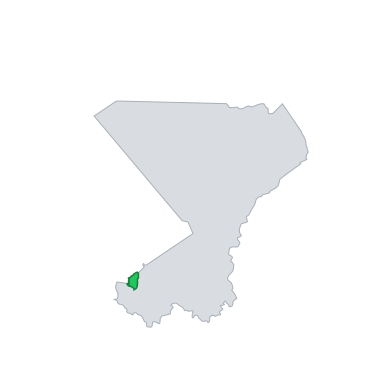 Yelimane, Kayes, Mali (highlighted), rotated 326°
{"feature_id": "8926073B99329075829336", "entity_name": "Yelimane", "entity_type": "district", "adm_level": 2, "iso_a3": "MLI", "parent_name": "Mali", "parent_adm1": "Kayes", "projection": "mercator", "projection_center": [-10.704, 15.046], "detail": "fine", "context": "in_parent", "style": "filled", "palette": "green", "viewbox_px": 384, "rotation_deg": 326, "n_neighbors": 0, "source": "geoboundaries", "source_scale": "gbopen_adm2", "svg_char_len": 5180}
<svg xmlns="http://www.w3.org/2000/svg" viewBox="0 0 384 384"><g transform="rotate(326 192 192)"><path d="M81.0,275.0L81.1,273.8L80.1,273.0L80.1,272.6L80.7,269.3L80.6,268.4L81.0,266.7L80.4,265.9L80.2,265.4L78.6,263.2L78.1,261.3L77.3,260.1L75.5,259.7L74.8,260.7L74.4,260.9L73.7,260.2L73.4,259.5L73.4,258.9L71.0,256.0L71.2,254.4L72.1,253.6L72.4,252.2L71.5,250.7L71.7,249.2L71.5,247.1L70.1,245.3L69.2,244.5L68.4,243.2L69.0,240.2L67.6,237.7L70.3,238.7L71.5,237.8L72.7,236.5L73.8,234.8L74.2,232.7L74.4,230.9L75.5,228.1L76.7,226.8L79.3,224.8L80.0,225.0L84.4,229.2L86.8,231.3L87.7,232.4L88.5,232.4L89.7,230.4L90.9,228.6L91.5,228.2L95.8,227.9L98.0,228.3L100.0,228.8L102.8,228.9L110.3,227.6L110.4,226.8L110.3,225.8L110.6,225.0L111.2,224.3L111.7,224.2L112.0,226.5L112.6,226.9L114.4,227.0L169.6,227.0L171.9,214.7L167.8,210.2L153.3,74.3L180.0,74.3L184.6,77.4L269.9,138.0L270.3,140.0L270.2,142.6L270.8,143.4L272.0,144.3L276.9,146.8L277.2,147.3L277.4,148.4L278.0,149.7L279.0,150.4L280.2,151.0L281.7,151.4L286.0,151.8L287.0,152.4L288.8,154.7L289.9,155.2L295.8,156.5L297.7,157.1L299.8,158.2L300.9,159.1L300.8,162.8L301.6,165.2L301.6,165.8L300.7,166.8L300.5,167.5L299.4,169.3L299.6,170.1L301.6,171.5L302.7,171.9L303.8,171.9L316.3,169.5L316.4,203.5L315.9,204.0L315.6,210.0L314.7,213.5L313.1,216.1L312.1,220.0L311.5,220.7L311.0,223.0L310.1,224.2L308.5,224.7L305.6,227.2L305.4,229.2L298.7,228.1L298.2,228.1L297.9,228.4L297.8,229.4L280.6,230.0L272.2,230.5L266.9,235.0L263.4,235.5L259.1,235.1L256.9,235.1L256.0,235.3L255.9,236.1L249.0,233.8L246.5,234.6L246.1,234.3L245.8,233.8L244.5,233.5L242.6,233.7L241.1,234.0L236.8,237.6L234.4,238.5L230.1,240.6L227.1,242.4L226.0,242.8L224.3,242.8L222.9,243.2L221.6,247.3L220.8,247.7L215.6,246.1L214.5,246.3L213.6,246.8L210.7,249.2L209.3,251.1L208.5,253.6L208.7,255.3L208.2,255.8L206.8,255.9L204.4,255.4L203.7,255.6L203.3,256.9L203.4,259.6L202.9,261.5L201.4,262.0L200.3,262.8L199.5,263.0L198.7,262.8L194.6,260.0L193.1,259.6L191.6,259.9L190.1,261.1L187.4,264.0L187.7,265.0L188.4,266.2L189.0,267.7L188.9,269.0L185.1,270.9L186.0,272.3L185.9,276.0L184.1,277.7L183.5,278.8L181.8,280.1L180.3,280.7L175.7,281.7L173.8,282.9L172.9,283.9L172.7,284.9L172.9,286.1L173.8,288.6L173.5,290.8L172.8,293.4L172.0,294.6L169.9,296.0L170.2,297.7L170.4,300.1L170.1,303.3L169.4,305.4L168.9,305.2L166.8,305.3L164.6,306.0L163.8,306.5L163.6,307.2L161.7,308.9L160.5,308.8L159.3,308.4L158.6,307.9L158.6,307.7L159.3,306.3L159.3,305.8L158.6,303.4L158.7,302.8L158.4,300.9L155.8,301.6L155.7,302.0L156.1,303.2L155.8,303.4L154.9,303.3L153.7,302.9L152.4,301.9L152.0,302.2L151.9,303.1L151.8,304.1L152.1,305.9L151.8,306.6L149.7,306.5L147.9,306.7L147.5,307.3L147.3,308.1L147.7,308.9L147.6,309.2L146.9,309.7L146.6,309.7L145.6,308.8L141.7,308.0L141.4,306.7L140.9,306.7L139.7,305.2L139.1,305.2L138.7,305.5L137.2,305.4L135.9,306.7L134.9,308.3L133.8,309.1L132.2,309.4L132.5,308.4L132.0,307.0L128.6,305.2L128.1,304.5L127.2,300.4L127.2,299.3L127.5,298.2L127.4,297.4L127.0,296.8L126.0,296.1L124.9,295.9L123.6,296.7L123.0,296.8L122.4,296.8L122.0,296.5L122.1,296.1L123.5,293.9L124.3,293.0L125.7,291.9L126.1,291.4L126.1,291.0L126.0,290.7L125.0,290.3L123.5,289.3L122.7,289.2L122.1,288.7L121.4,287.1L121.0,286.8L120.3,286.6L119.7,286.3L119.8,282.4L118.3,279.6L117.0,275.9L116.4,275.0L115.2,274.3L113.8,273.8L112.5,273.7L111.1,274.1L111.1,274.4L111.9,275.6L112.0,276.2L111.9,276.9L111.6,277.3L109.7,277.7L107.1,279.0L106.3,280.6L105.7,280.8L104.7,280.6L97.8,278.0L94.9,279.1L93.1,281.4L92.6,282.1L91.8,282.8L91.3,282.8L90.8,282.4L88.8,278.9L87.9,278.1L86.8,278.0L85.9,278.6L85.0,279.8L83.7,280.9L83.0,281.2L82.3,281.0L79.5,278.7L79.3,278.2L80.6,275.4L81.0,275.0Z" fill="#d9dde1" stroke="#a8b0b8" stroke-width="1"/><path d="M92.1,240.7L94.2,239.2L95.0,238.2L95.1,237.6L95.5,237.2L96.0,237.1L96.4,236.5L96.9,235.3L97.1,235.0L97.6,234.4L97.9,233.7L98.1,233.5L99.0,233.6L99.5,233.2L100.0,232.8L100.5,231.6L101.0,231.0L102.1,229.6L102.1,229.2L101.9,228.0L101.6,227.9L101.3,227.7L101.1,227.7L100.8,227.8L100.5,227.7L99.9,227.5L98.9,227.6L98.5,227.6L98.4,227.6L98.1,227.4L97.7,227.5L97.3,227.8L96.9,228.0L96.7,228.1L96.4,228.1L96.2,228.0L96.0,227.9L95.8,228.0L95.7,227.9L95.0,228.0L94.9,227.9L94.5,227.9L94.4,227.9L94.0,228.0L93.8,228.0L93.5,228.0L93.4,228.1L93.2,228.1L92.9,228.2L92.7,228.2L92.4,228.3L92.1,228.2L91.9,228.1L91.7,228.0L91.6,227.9L91.5,228.0L91.4,227.9L91.2,227.9L91.0,228.0L91.0,228.3L91.0,228.5L91.1,228.8L91.2,229.0L91.0,229.3L90.9,229.4L90.9,229.5L90.7,229.6L90.4,229.7L90.3,229.8L90.2,229.9L90.2,230.0L89.9,230.0L89.7,230.2L89.6,230.3L89.5,230.5L89.4,230.6L89.5,230.8L89.5,231.0L89.4,231.2L89.4,231.4L89.4,231.5L89.2,231.5L88.9,231.7L88.9,231.8L88.8,232.0L88.8,232.3L88.7,232.6L88.7,232.8L88.5,233.0L88.4,233.0L88.2,233.0L88.2,232.9L88.1,232.7L87.9,232.4L87.7,232.3L87.5,232.1L87.4,232.0L87.4,231.9L87.3,231.7L87.2,231.6L87.1,231.4L87.0,231.2L87.0,231.3L86.8,232.0L86.6,232.7L86.7,233.8L86.8,234.1L87.1,234.2L87.3,234.2L87.5,234.1L87.5,234.5L87.3,234.9L87.5,235.3L88.1,235.6L88.3,235.8L88.6,236.6L88.7,236.8L89.4,237.4L89.5,237.6L89.6,238.2L89.7,239.5L89.5,240.3L89.3,240.7L89.6,240.7L90.0,240.6L90.3,240.5L90.5,240.7L91.4,240.7L92.1,240.7Z" fill="#22c55e" stroke="#15803d" stroke-width="1.5"/></g></svg>